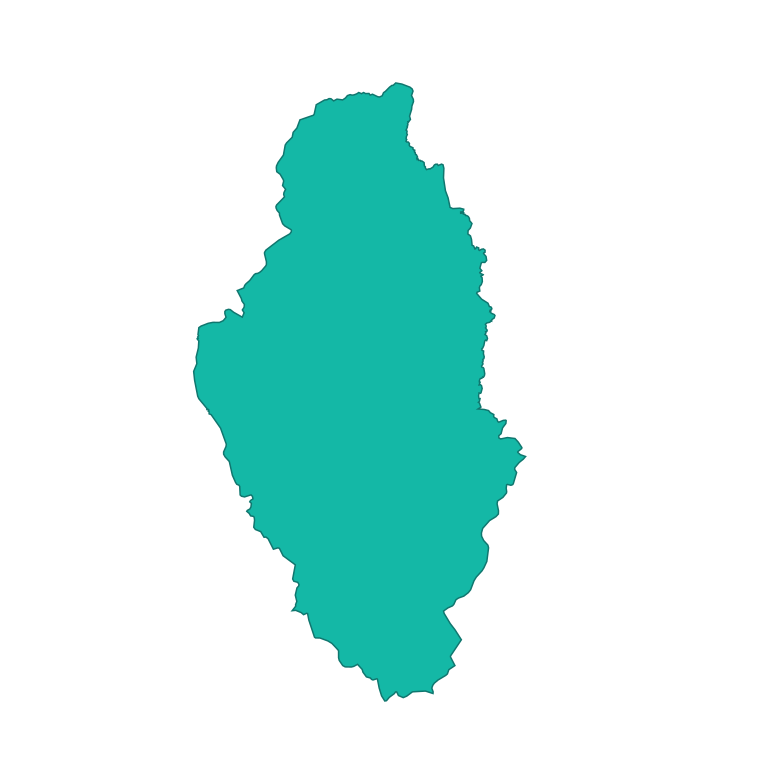 the district of Mae Phrik, Lampang, Thailand, rotated 217°
{"feature_id": "78962969B83063608577185", "entity_name": "Mae Phrik", "entity_type": "district", "adm_level": 2, "iso_a3": "THA", "parent_name": "Thailand", "parent_adm1": "Lampang", "projection": "natural_earth1", "projection_center": [99.06, 17.491], "detail": "fine", "context": "isolated", "style": "filled", "palette": "teal", "viewbox_px": 768, "rotation_deg": 217, "n_neighbors": 0, "source": "geoboundaries", "source_scale": "gbopen_adm2", "svg_char_len": 6171}
<svg xmlns="http://www.w3.org/2000/svg" viewBox="0 0 768 768"><g transform="rotate(217 384 384)"><path d="M610.1,544.4L607.6,536.0L608.0,530.3L605.8,525.8L606.9,518.0L606.7,515.4L602.1,506.3L601.9,497.3L601.1,493.5L600.1,491.8L597.4,489.0L593.2,489.0L587.7,486.7L586.3,485.8L584.4,481.4L579.8,480.3L579.1,476.7L578.2,475.0L576.1,473.5L577.5,462.4L577.1,460.7L576.1,459.6L573.8,458.3L570.4,457.6L569.1,456.0L561.4,451.0L558.5,450.5L551.3,451.3L550.5,451.1L549.6,449.6L549.6,447.2L554.6,435.5L558.9,419.8L558.6,417.2L557.8,416.1L551.5,410.9L549.8,408.6L549.5,407.3L549.9,400.8L550.6,398.0L551.5,396.3L553.0,394.8L553.5,393.1L553.5,385.8L554.5,381.2L554.6,379.0L553.8,376.3L557.5,370.3L549.4,366.4L547.4,364.8L543.4,363.5L541.9,361.1L541.7,357.9L538.6,356.7L537.4,352.1L547.2,350.8L551.5,350.9L553.2,350.0L554.8,347.7L554.7,346.1L553.4,344.4L550.3,342.2L550.5,337.8L552.5,334.1L557.7,330.3L561.0,326.6L565.0,320.1L565.8,317.6L562.3,311.5L561.1,310.9L561.1,309.3L559.9,308.8L560.4,307.6L557.8,306.9L553.9,301.0L550.2,292.4L545.7,287.6L543.6,279.5L537.5,273.0L525.5,262.2L523.0,260.8L510.8,257.9L510.2,257.1L509.6,257.9L508.2,257.8L508.3,256.6L507.0,256.6L505.7,254.9L503.6,255.5L488.0,250.4L473.8,241.1L472.6,239.1L471.2,233.2L469.8,231.4L467.1,230.2L460.9,229.0L450.2,219.9L443.4,216.1L441.2,215.3L439.0,215.9L437.6,215.4L432.1,208.8L430.3,208.6L427.4,209.9L423.5,215.4L421.5,215.1L419.5,213.4L420.5,210.6L420.3,209.1L418.1,208.9L416.3,205.8L415.9,203.5L417.1,200.8L417.0,199.7L413.7,199.5L411.2,198.4L408.8,199.6L407.5,199.5L405.4,197.3L401.8,191.2L399.2,190.4L393.6,191.9L387.6,189.4L386.2,190.7L383.5,190.7L372.9,185.5L370.1,189.3L368.6,189.8L361.2,186.1L346.0,186.2L339.6,173.3L337.3,172.2L333.5,173.7L331.2,172.7L330.6,171.3L330.8,168.8L327.8,162.0L322.8,157.9L321.8,154.5L320.8,153.4L320.9,147.7L318.3,150.1L312.6,151.6L309.4,151.4L307.8,154.3L306.9,154.7L301.9,150.2L287.2,140.0L285.9,140.0L282.3,142.6L274.3,145.0L269.6,145.5L266.5,145.0L260.5,143.9L259.6,143.4L255.5,138.0L253.4,136.3L247.5,134.3L244.8,134.7L239.7,138.4L238.2,140.3L236.4,144.2L229.6,142.9L227.4,141.2L221.8,139.5L217.9,141.0L216.2,140.6L214.7,141.0L212.3,144.3L211.6,144.3L204.9,138.3L198.3,133.5L192.6,131.3L191.4,132.6L191.2,137.0L189.4,143.0L189.5,145.0L188.5,145.7L185.0,143.9L179.9,145.1L178.0,148.4L176.0,155.3L166.1,163.7L158.6,166.3L159.5,167.7L162.8,169.9L163.7,172.7L163.8,175.3L162.7,180.1L159.3,188.5L158.9,190.6L160.3,194.9L157.9,201.8L166.6,206.0L167.2,206.8L168.3,226.3L179.3,230.4L186.9,232.5L198.0,237.0L199.8,238.5L198.2,243.7L195.8,248.0L195.6,250.0L196.7,255.0L195.7,257.9L192.6,262.6L191.1,268.1L191.0,271.8L193.7,281.0L194.1,285.4L193.3,293.7L193.6,297.3L195.1,304.2L201.9,316.1L204.0,317.8L210.2,319.0L214.5,321.2L216.5,323.6L218.3,328.1L217.5,338.5L214.8,345.4L214.4,349.0L216.3,351.7L221.6,356.4L222.9,358.9L220.8,365.0L220.6,370.6L221.2,371.8L223.7,374.3L225.4,377.3L225.1,378.0L221.7,379.5L220.7,381.0L220.7,382.1L224.8,393.1L228.3,394.5L229.2,396.0L228.8,402.7L227.5,407.9L227.3,411.3L232.6,409.6L236.0,409.9L236.4,410.5L235.2,415.3L235.6,416.2L241.8,418.4L246.6,419.3L253.2,415.5L257.8,410.3L259.8,410.1L261.2,411.7L260.6,414.8L262.9,420.3L262.9,425.8L264.4,428.3L265.0,428.4L266.9,426.7L269.3,422.6L270.6,422.5L272.9,424.1L275.8,423.6L277.0,424.2L277.9,425.7L281.8,425.1L284.5,425.7L288.6,424.0L293.9,420.6L292.7,423.9L296.5,426.3L297.6,426.2L297.4,427.7L298.5,430.1L299.3,429.4L301.4,431.5L302.7,434.1L301.4,434.6L301.2,435.3L302.9,439.5L305.2,441.4L306.5,441.5L307.5,440.5L308.3,443.3L309.1,443.0L310.0,444.4L310.4,446.3L309.3,447.4L309.5,448.9L308.7,449.2L308.8,451.0L309.7,452.8L313.6,456.5L314.6,456.8L315.8,456.3L316.9,457.0L317.0,459.6L318.6,460.6L318.4,461.3L319.0,462.4L319.9,463.1L319.5,464.3L320.3,466.0L322.8,468.0L324.3,470.3L326.1,469.9L327.1,471.3L326.8,472.0L327.4,474.8L329.4,478.9L329.3,480.2L328.1,480.4L328.7,482.6L331.0,484.3L333.1,484.3L333.4,486.3L334.3,486.9L333.5,487.9L334.0,489.1L336.7,489.9L336.7,491.0L337.5,492.0L339.0,492.7L338.6,494.7L336.6,497.0L336.7,498.6L335.8,498.9L336.6,500.4L335.7,503.0L336.6,505.5L337.8,505.8L341.1,505.1L342.1,505.5L342.7,506.8L343.2,505.7L343.7,506.7L343.0,508.5L343.4,509.3L344.8,509.9L346.5,509.3L349.6,511.1L357.2,510.5L364.5,512.1L364.9,513.3L363.4,515.9L365.8,518.3L366.4,520.1L366.1,521.8L367.1,525.0L369.6,527.9L371.4,528.3L371.5,529.0L370.6,530.2L370.6,531.0L373.7,530.3L374.6,530.7L374.0,533.3L377.1,534.1L379.1,539.1L378.9,540.1L376.6,541.8L376.4,544.5L379.3,547.3L383.0,548.1L383.3,548.7L382.6,550.0L383.8,551.7L385.9,551.7L387.2,550.3L388.2,548.1L389.1,548.2L390.3,549.7L392.5,549.1L392.3,547.2L392.7,546.6L395.5,548.2L397.1,547.8L401.2,552.2L404.1,554.3L407.3,554.3L409.2,557.2L408.9,560.5L410.3,565.1L413.9,566.0L415.5,567.7L417.5,568.5L419.4,568.3L420.3,567.6L421.3,568.2L422.8,567.5L423.3,568.8L424.0,569.0L424.1,567.8L425.5,566.5L426.3,567.5L424.9,568.9L424.9,570.6L425.5,571.6L429.2,570.1L434.6,565.5L437.5,564.8L444.8,571.2L451.2,575.3L460.5,584.4L466.0,592.3L468.8,594.6L470.4,594.2L472.2,591.1L473.6,591.7L475.1,590.5L475.6,589.1L475.4,586.8L476.7,583.3L477.4,583.1L479.1,580.8L481.3,581.6L481.6,582.3L483.0,582.5L485.3,585.0L488.1,584.9L488.7,584.1L489.8,584.4L491.0,583.4L492.4,584.3L492.7,583.3L493.8,584.1L493.9,585.5L496.1,586.6L496.9,586.3L498.2,587.5L498.9,587.4L500.0,589.0L500.4,588.5L501.0,589.1L502.3,589.0L503.0,590.1L506.3,589.4L507.7,590.0L508.3,591.3L509.1,591.6L510.5,591.8L511.3,591.0L512.6,591.1L513.0,593.0L513.9,593.1L515.0,595.0L515.5,597.3L516.8,597.9L517.5,599.5L518.7,600.3L519.2,600.1L520.0,603.5L520.6,603.7L520.9,605.4L522.0,606.3L522.0,607.8L522.7,608.0L522.1,608.8L522.1,611.2L524.8,613.3L527.2,619.9L529.0,622.8L530.4,627.3L531.9,629.0L535.6,630.9L537.1,635.4L539.1,636.6L541.9,636.7L550.2,634.3L555.8,631.5L556.4,628.1L557.4,627.2L558.2,624.5L559.0,618.5L559.7,616.4L558.9,613.1L560.3,610.5L561.8,609.7L567.6,608.5L568.9,606.4L570.8,607.0L573.6,604.8L575.7,604.5L576.7,602.3L579.6,601.6L580.4,599.3L582.0,596.8L583.3,595.5L585.2,594.7L586.8,592.3L586.9,589.3L588.0,586.0L593.0,583.2L594.6,579.8L598.1,579.9L599.7,578.8L600.6,576.7L602.4,575.0L606.2,566.3L602.2,557.6L602.1,556.2L610.1,544.4Z" fill="#14b8a6" stroke="#0f766e" stroke-width="1.5"/></g></svg>